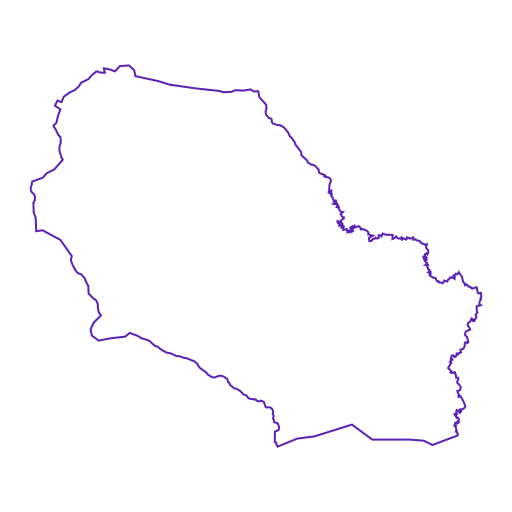 Ga South Municipal, Greater Accra, Ghana
{"feature_id": "2480657B41485746076017", "entity_name": "Ga South Municipal", "entity_type": "district", "adm_level": 2, "iso_a3": "GHA", "parent_name": "Ghana", "parent_adm1": "Greater Accra", "projection": "orthographic", "projection_center": [-0.406, 5.677], "detail": "fine", "context": "isolated", "style": "outline", "palette": "violet", "viewbox_px": 512, "rotation_deg": 0, "n_neighbors": 0, "source": "geoboundaries", "source_scale": "gbopen_adm2", "svg_char_len": 6034}
<svg xmlns="http://www.w3.org/2000/svg" viewBox="0 0 512 512"><path d="M277.7,446.6L297.2,438.6L314.4,436.4L351.9,424.6L372.3,439.6L409.9,439.6L423.8,440.7L432.4,445.0L457.6,435.5L457.8,433.6L456.0,431.6L456.8,430.8L456.3,430.2L455.7,426.9L454.6,425.7L455.8,425.5L454.9,423.6L455.2,422.8L456.0,422.6L457.3,423.5L458.9,422.3L459.0,421.8L457.7,421.0L458.8,420.0L458.6,418.6L458.2,417.9L456.7,417.9L456.5,416.7L455.5,416.1L454.4,414.1L455.1,413.7L456.2,414.9L456.9,414.4L456.3,412.0L456.7,410.1L458.0,410.9L459.0,410.7L459.4,412.8L460.1,412.8L461.3,411.0L461.1,410.3L459.4,410.3L459.6,409.5L462.7,409.1L464.1,408.2L465.1,407.1L465.2,405.8L463.4,401.3L460.5,396.1L459.9,395.9L458.8,397.1L458.5,396.8L458.6,393.9L457.6,392.3L457.4,390.8L458.6,390.8L460.1,390.0L460.8,387.1L458.8,384.1L457.3,382.9L457.3,381.1L458.5,378.8L458.0,377.7L456.1,377.7L455.8,374.4L454.4,373.2L454.9,372.4L454.6,372.0L452.5,372.8L450.8,372.9L450.5,372.3L451.3,371.2L448.1,368.0L451.3,362.7L449.9,361.9L451.2,360.2L452.5,359.7L452.1,359.0L450.9,359.2L450.8,358.9L451.7,355.6L453.9,355.5L454.3,357.0L455.6,356.8L456.6,355.3L456.6,353.5L457.5,353.4L457.7,354.4L458.1,354.3L459.5,352.9L461.0,352.4L460.3,349.8L463.3,348.8L464.9,345.7L464.6,344.0L465.1,342.7L466.1,342.1L467.2,343.2L468.4,342.0L467.1,337.2L465.1,335.0L465.0,333.8L466.0,331.3L470.1,329.7L469.4,327.7L467.6,325.2L468.1,323.0L470.5,321.2L471.5,318.5L473.5,319.5L472.8,320.2L472.9,320.9L474.1,321.2L476.4,317.1L475.7,314.7L477.4,312.6L476.9,311.7L476.6,306.4L480.7,305.1L479.5,304.5L479.4,303.1L479.9,300.8L481.1,299.4L480.4,298.2L481.3,296.7L481.1,293.1L480.3,292.7L479.9,293.3L478.5,293.5L477.8,292.7L476.6,287.2L472.1,288.7L471.1,287.4L470.1,287.3L469.6,286.5L468.3,286.5L466.9,284.5L465.0,285.3L464.6,283.2L463.4,282.4L461.9,276.8L458.8,272.1L457.2,274.4L455.7,273.8L455.0,275.0L453.7,275.4L454.8,277.0L454.5,278.9L452.1,277.0L451.3,277.8L450.0,277.5L449.3,279.0L448.0,279.7L447.3,281.5L444.2,280.6L443.8,281.9L442.6,283.3L441.0,282.5L439.5,282.5L438.6,281.3L438.0,281.8L436.0,279.8L435.8,278.4L435.2,277.7L433.6,277.9L429.6,275.4L430.6,274.1L428.4,272.5L430.6,271.9L430.4,271.4L429.1,271.2L429.4,269.9L428.0,269.1L428.0,267.9L427.1,266.6L427.8,265.0L425.7,264.9L427.1,264.0L427.3,263.3L426.0,262.6L424.3,260.0L424.2,259.5L424.9,259.5L426.5,260.0L426.5,257.3L425.8,256.8L424.2,258.2L423.2,257.1L424.8,255.4L425.2,253.9L426.5,253.3L427.3,254.4L428.4,252.1L427.9,250.0L426.1,247.8L426.8,244.2L425.1,244.9L423.7,243.9L421.6,243.5L421.3,242.5L420.2,242.2L419.6,240.8L416.5,240.4L415.6,239.3L413.4,239.7L413.2,237.4L411.5,238.4L409.9,238.6L409.3,237.8L407.8,237.9L406.9,237.4L406.6,239.2L406.0,239.6L402.0,237.7L402.5,239.3L402.2,239.8L400.4,238.3L398.2,238.6L396.1,236.4L394.5,238.1L392.5,239.0L392.6,234.9L385.7,234.7L382.6,233.6L381.4,236.4L380.0,235.4L378.6,235.2L378.6,238.1L376.4,238.5L375.4,237.7L374.6,238.7L372.5,239.1L371.7,240.8L369.7,241.2L369.3,241.0L369.0,237.8L372.9,235.7L368.2,234.4L368.6,233.4L368.2,232.2L366.9,230.8L362.8,229.0L361.1,229.6L360.6,229.3L360.8,228.3L358.8,226.1L354.5,227.7L354.5,226.0L353.6,226.9L352.7,226.1L350.8,227.2L350.3,227.8L351.0,228.3L352.1,227.5L352.7,227.8L352.6,229.9L353.1,230.9L351.3,232.1L350.8,231.5L351.7,230.9L351.1,230.2L349.2,230.4L349.0,232.3L347.5,232.3L347.9,231.0L347.0,230.6L346.8,229.1L343.2,229.9L343.7,226.7L342.5,226.7L341.4,227.6L341.3,227.1L341.4,226.3L342.7,225.2L341.7,224.5L339.3,225.6L339.5,223.9L338.4,223.5L337.4,221.9L337.4,221.3L339.7,221.4L340.5,222.5L341.7,222.7L341.0,221.6L341.2,220.4L343.9,218.2L343.9,217.4L342.4,217.0L340.6,214.1L342.9,212.1L341.2,211.8L340.1,210.8L339.2,209.6L338.7,207.7L336.6,207.1L336.9,206.3L338.5,206.3L336.7,203.0L336.3,202.8L335.6,204.2L333.2,203.8L336.1,201.1L336.1,200.6L335.6,200.4L334.0,201.5L332.2,196.7L331.0,195.5L331.8,194.1L329.8,193.2L331.2,192.7L331.3,190.7L329.9,191.6L328.9,191.5L329.6,190.3L329.1,189.9L329.6,184.3L330.9,181.0L330.8,179.5L328.8,177.5L324.9,176.8L324.4,176.4L325.1,175.2L319.6,173.1L318.9,172.0L318.7,169.7L315.6,166.3L313.5,164.9L311.7,164.8L308.2,162.8L307.1,160.5L301.4,155.2L301.2,152.1L295.5,144.6L294.6,142.1L291.5,137.6L290.0,136.5L287.7,131.8L283.9,127.4L279.9,125.1L277.6,125.1L272.8,123.4L272.0,122.3L271.4,118.7L269.0,118.1L266.1,114.8L265.6,111.7L266.5,107.9L266.2,104.8L259.5,97.4L258.2,91.2L254.2,91.5L251.0,90.0L250.7,89.4L243.3,90.6L235.3,90.2L231.5,91.9L222.8,92.2L219.9,91.0L194.9,88.3L169.4,84.6L158.4,81.1L135.5,76.2L134.2,70.2L128.9,65.4L119.9,66.1L114.9,71.4L109.7,69.4L103.9,68.4L104.8,72.7L100.9,72.6L96.4,71.4L91.4,75.6L88.6,79.0L81.1,82.7L79.0,86.2L74.8,90.1L69.6,92.5L63.9,96.6L61.4,102.1L57.5,100.6L54.9,105.7L60.4,109.4L58.2,115.2L56.3,123.0L53.6,125.5L53.7,126.6L55.7,129.4L58.4,135.2L60.1,136.6L60.5,137.7L60.8,142.5L59.5,146.3L59.5,151.1L61.9,158.4L62.8,159.7L54.2,169.5L46.9,173.1L42.8,177.7L32.3,181.5L31.9,182.4L31.8,184.5L30.7,187.8L30.7,189.9L31.7,192.1L34.3,194.6L34.9,196.5L34.9,200.1L33.4,202.8L33.7,212.3L35.7,217.8L36.2,231.2L42.6,230.3L60.4,239.9L71.8,256.1L70.8,260.0L72.6,265.0L75.6,270.5L77.6,273.0L81.5,274.5L85.1,278.9L85.7,281.3L88.3,285.9L88.6,293.5L93.4,298.5L95.6,299.7L96.8,301.6L97.7,304.0L98.1,309.5L98.8,312.2L100.9,315.5L93.8,322.5L90.5,329.4L91.9,335.6L98.6,340.6L109.9,338.4L125.3,336.6L129.7,332.9L137.7,335.9L141.3,338.2L148.0,340.2L150.2,341.6L154.4,345.5L157.8,346.8L161.1,349.6L166.4,352.5L171.1,353.5L176.4,356.1L179.5,356.2L184.3,358.0L185.7,357.9L194.7,361.5L197.6,364.1L198.0,365.4L200.3,368.3L206.1,372.3L207.7,374.5L212.1,377.2L214.6,377.5L219.0,375.8L221.4,375.8L224.2,376.8L227.4,379.2L228.1,382.2L229.2,382.7L230.2,385.0L234.1,388.3L236.5,388.8L239.4,390.4L242.5,393.2L243.1,394.3L246.4,395.4L248.5,398.2L250.7,399.0L254.4,399.2L254.7,399.7L255.5,399.4L257.7,401.3L260.1,401.2L260.9,400.6L263.8,401.9L265.7,407.1L266.6,407.5L269.3,407.2L271.3,408.1L272.5,409.6L273.2,412.0L272.7,413.9L273.7,415.9L273.0,418.5L274.1,420.2L273.9,421.7L274.8,422.5L277.5,423.1L279.2,427.1L278.6,430.0L274.9,431.6L274.8,442.1L276.3,442.6L276.3,444.5L277.7,446.6Z" fill="none" stroke="#5b21b6" stroke-width="2"/></svg>